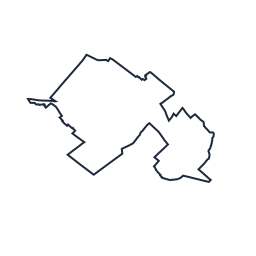 outline of Chiautla, México, Mexico, rotated 307°
{"feature_id": "50627088B23878207605719", "entity_name": "Chiautla", "entity_type": "district", "adm_level": 2, "iso_a3": "MEX", "parent_name": "Mexico", "parent_adm1": "México", "projection": "natural_earth1", "projection_center": [-98.884, 19.571], "detail": "fine", "context": "isolated", "style": "outline", "palette": "slate", "viewbox_px": 256, "rotation_deg": 307, "n_neighbors": 0, "source": "geoboundaries", "source_scale": "gbopen_adm2", "svg_char_len": 5041}
<svg xmlns="http://www.w3.org/2000/svg" viewBox="0 0 256 256"><g transform="rotate(307 128 128)"><path d="M91.0,30.7L90.4,32.2L89.7,34.1L89.4,35.0L91.2,37.5L91.9,38.5L91.7,39.4L91.4,40.3L91.5,40.4L92.5,41.7L93.2,42.5L93.1,42.8L93.0,43.2L95.0,45.1L95.9,46.0L96.6,46.7L96.3,47.8L96.2,47.9L95.6,47.4L95.4,48.0L95.3,48.3L95.1,48.8L95.0,49.4L94.9,49.7L94.8,50.2L95.0,50.3L95.9,50.3L96.7,50.6L97.6,50.7L98.2,50.8L98.7,50.9L99.4,51.1L99.9,51.3L100.6,51.4L100.9,51.4L101.1,51.4L101.5,53.2L101.5,53.3L101.6,54.9L101.6,55.5L101.6,57.2L101.6,57.6L101.0,59.3L100.5,60.8L100.1,61.9L99.3,63.8L99.0,64.3L98.9,64.8L98.8,65.1L97.9,67.9L95.3,67.1L94.9,69.5L94.5,71.5L93.9,71.3L93.6,72.8L93.4,74.0L93.3,74.9L93.3,75.2L93.3,75.7L93.1,78.0L94.6,78.0L94.5,79.2L94.3,81.6L94.2,83.4L94.2,83.7L94.7,83.9L94.6,84.0L94.1,87.4L90.8,87.0L90.2,86.9L90.2,89.8L90.2,92.7L90.3,95.7L90.3,98.6L90.4,101.6L89.9,101.4L89.0,101.2L88.2,100.9L86.5,100.4L85.9,100.3L84.7,100.0L80.2,98.7L76.9,97.7L70.3,95.9L70.2,103.4L70.2,103.5L70.1,111.4L70.1,111.5L70.1,115.7L70.1,117.3L70.1,118.0L70.1,120.2L70.1,120.3L70.0,128.6L71.3,129.1L72.6,129.5L73.0,129.6L77.1,130.8L80.4,131.8L104.0,138.9L104.6,138.4L107.6,135.6L114.8,139.4L116.3,140.1L117.0,140.4L118.3,141.0L118.6,141.2L121.2,141.4L121.3,141.3L121.5,141.2L122.4,141.3L123.4,141.4L123.7,141.4L124.6,141.3L129.5,141.5L129.8,141.6L130.2,141.4L132.1,140.8L134.2,141.2L134.3,141.3L136.7,141.3L139.1,141.4L139.3,141.4L141.7,141.5L142.0,141.5L144.4,142.1L144.7,142.2L144.6,142.6L144.6,143.4L144.4,144.8L144.3,146.2L143.9,149.3L143.9,149.9L143.8,150.7L143.6,152.5L143.6,153.0L143.3,155.1L143.1,155.7L142.4,157.8L142.2,158.5L140.7,163.1L140.2,164.4L139.2,168.7L139.1,169.0L138.9,169.8L138.5,169.7L136.6,169.4L135.8,169.3L133.5,168.9L132.3,168.7L131.3,168.5L129.2,168.2L128.8,168.1L126.0,167.6L125.5,167.5L125.4,167.5L124.9,167.4L121.0,166.8L120.8,166.7L120.6,166.7L120.3,172.3L119.0,172.3L118.6,172.3L117.6,172.2L116.3,172.1L115.1,172.0L113.9,171.9L113.0,171.8L112.9,172.3L112.9,172.5L112.7,173.1L112.6,173.4L112.4,173.7L112.1,174.4L111.7,175.1L111.5,175.4L111.1,176.9L110.7,178.3L110.6,178.5L110.5,179.5L110.4,179.9L110.1,182.1L109.5,182.2L109.4,183.0L109.3,183.8L109.1,184.9L108.7,184.9L108.7,185.0L109.0,185.8L109.3,186.6L109.7,187.7L110.6,190.1L111.7,192.8L116.5,198.0L118.4,199.2L119.2,199.6L119.5,199.8L119.8,200.0L120.3,200.1L121.7,200.4L122.6,200.5L123.0,200.6L124.8,204.5L125.7,206.5L126.0,207.3L127.1,209.9L128.2,212.5L129.3,215.0L130.3,217.5L131.4,220.0L132.5,222.5L133.6,225.0L136.3,225.3L136.3,224.2L136.4,222.7L136.4,222.3L136.5,221.5L136.5,221.3L136.5,220.8L136.6,220.6L136.9,216.5L136.9,216.3L136.9,216.0L136.9,215.9L136.9,215.7L137.0,215.6L137.3,210.8L137.3,210.5L137.4,209.3L137.4,209.2L140.5,209.6L141.4,209.7L141.8,209.7L142.0,209.8L143.6,210.0L143.8,210.0L145.3,210.3L145.6,210.3L147.0,210.3L147.5,210.3L148.1,210.3L149.4,210.3L149.7,210.4L151.0,210.5L152.2,211.0L153.8,210.3L154.9,209.7L156.1,208.9L157.3,207.2L157.7,206.6L158.0,206.2L158.7,205.8L161.0,205.9L162.4,205.4L163.9,204.9L164.7,204.6L166.1,204.1L166.4,204.0L166.6,203.6L167.0,203.5L167.8,203.2L169.4,202.4L170.5,201.4L172.0,201.5L173.1,201.2L174.2,200.5L175.1,200.0L175.3,199.4L175.6,198.5L173.7,196.1L174.0,194.5L174.4,192.5L174.8,190.1L174.9,189.4L175.0,189.2L175.2,188.3L175.2,187.8L175.3,187.6L176.3,186.6L177.5,185.6L178.3,184.6L178.3,184.0L178.3,182.8L178.2,181.7L178.3,180.5L178.6,179.0L179.3,173.3L178.6,173.1L177.1,172.6L175.9,172.3L175.7,172.2L175.4,172.2L173.9,171.9L173.7,171.9L174.2,169.4L175.2,164.7L175.8,163.0L175.8,162.9L176.3,161.6L176.8,159.4L174.0,159.4L167.9,159.3L166.6,159.3L166.9,155.8L165.3,156.1L163.0,156.4L161.8,156.4L161.2,156.4L160.6,156.3L158.5,156.2L159.8,154.0L161.0,151.8L161.2,151.6L163.4,148.1L164.0,147.1L164.1,146.8L165.6,142.6L166.1,141.2L166.6,139.7L166.8,139.3L167.1,139.4L169.1,140.3L170.6,140.7L171.5,140.9L174.9,141.9L175.5,142.1L176.6,142.4L177.3,142.5L177.8,142.7L178.1,142.8L178.7,142.9L179.3,143.1L179.6,143.2L180.0,143.4L181.1,144.0L181.5,144.2L182.1,144.2L182.6,144.1L184.7,142.9L184.7,142.6L185.4,123.5L185.4,123.4L186.0,115.0L186.0,112.0L185.5,111.7L184.7,111.4L183.4,111.0L182.0,110.5L180.6,110.1L180.5,111.1L179.3,110.9L178.3,113.0L177.7,112.8L177.1,112.6L176.2,112.4L176.0,110.2L174.8,109.9L175.0,108.0L175.1,107.9L175.3,105.9L174.8,105.8L175.0,104.0L173.5,103.5L173.5,100.9L173.5,98.3L173.5,95.6L173.5,93.0L173.5,90.4L173.5,87.7L173.5,85.1L173.5,82.5L173.5,79.8L173.5,77.2L173.5,74.6L173.0,71.7L169.5,71.9L169.2,69.5L167.7,67.7L166.1,65.8L164.6,64.0L164.2,63.2L163.7,62.0L163.2,59.2L162.6,56.4L162.1,53.6L161.5,50.8L159.3,50.9L157.0,51.0L154.7,51.1L150.9,50.8L150.1,50.8L146.9,50.6L143.7,50.3L141.2,50.2L138.6,50.0L136.1,49.8L133.7,49.7L131.4,49.5L129.0,49.3L125.9,49.1L122.8,48.9L119.9,48.7L117.1,48.6L114.2,48.4L111.2,48.2L108.3,48.0L105.4,47.8L105.6,53.2L105.7,54.0L105.5,53.8L105.1,53.2L103.4,50.2L102.7,49.2L101.9,48.0L100.7,46.3L99.5,44.6L99.4,44.6L97.4,41.6L96.0,39.4L95.2,37.9L93.4,34.4L92.9,33.5L92.8,33.4L92.5,32.7L91.4,31.2L91.0,30.7Z" fill="none" stroke="#1e293b" stroke-width="2"/></g></svg>